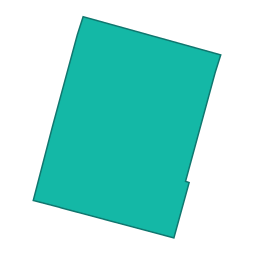 Brown, Indiana, United States of America (Equal Earth projection), rotated 196°
{"feature_id": "52423323B89653370278289", "entity_name": "Brown", "entity_type": "district", "adm_level": 2, "iso_a3": "USA", "parent_name": "United States of America", "parent_adm1": "Indiana", "projection": "equal_earth", "projection_center": [-86.224, 39.196], "detail": "fine", "context": "isolated", "style": "filled", "palette": "teal", "viewbox_px": 256, "rotation_deg": 196, "n_neighbors": 0, "source": "geoboundaries", "source_scale": "gbopen_adm2", "svg_char_len": 325}
<svg xmlns="http://www.w3.org/2000/svg" viewBox="0 0 256 256"><g transform="rotate(196 128 128)"><path d="M199.1,32.2L172.5,32.9L170.2,32.8L117.4,33.8L53.6,35.0L54.2,92.4L58.0,92.6L59.5,205.4L59.0,223.8L84.6,223.6L201.8,222.6L202.4,203.6L201.0,108.5L199.1,32.2Z" fill="#14b8a6" stroke="#0f766e" stroke-width="1.5"/></g></svg>